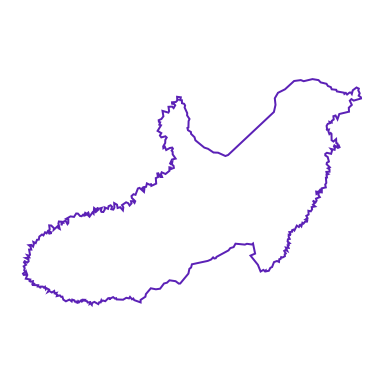 Paragominas, Pará, Brazil
{"feature_id": "56859067B66130405512387", "entity_name": "Paragominas", "entity_type": "district", "adm_level": 2, "iso_a3": "BRA", "parent_name": "Brazil", "parent_adm1": "Pará", "projection": "natural_earth1", "projection_center": [-47.632, -3.124], "detail": "fine", "context": "isolated", "style": "outline", "palette": "violet", "viewbox_px": 384, "rotation_deg": 0, "n_neighbors": 0, "source": "geoboundaries", "source_scale": "gbopen_adm2", "svg_char_len": 5943}
<svg xmlns="http://www.w3.org/2000/svg" viewBox="0 0 384 384"><path d="M140.6,302.4L140.6,299.9L145.4,296.7L145.9,294.1L150.8,288.3L155.9,289.3L160.1,288.7L164.0,283.5L167.0,282.7L169.5,280.3L175.6,281.2L178.8,283.6L180.2,283.5L188.4,273.6L189.4,268.8L191.1,267.5L191.9,264.3L207.8,260.9L211.1,259.5L213.1,257.4L214.3,258.5L215.8,258.2L216.5,256.9L228.5,250.4L230.3,248.1L233.6,247.1L235.5,243.7L244.9,244.6L246.9,243.8L251.8,244.5L253.0,243.5L255.1,253.6L250.5,255.6L257.9,264.8L260.6,271.5L263.4,269.9L264.7,271.1L265.7,270.4L265.7,271.4L268.8,270.8L270.4,267.8L272.1,267.0L274.0,262.1L277.0,261.0L279.0,261.9L279.3,259.2L280.6,258.9L281.2,257.1L282.5,257.5L284.9,256.2L284.7,254.3L285.8,253.5L284.2,250.9L285.7,249.9L287.2,250.8L285.8,247.5L288.6,247.9L287.7,245.2L288.8,244.9L288.3,243.5L289.6,243.2L287.6,241.4L287.9,239.3L289.7,238.9L288.7,236.8L288.7,234.7L290.1,235.0L290.4,234.1L289.4,232.1L292.1,231.7L292.1,230.2L293.5,229.6L294.4,230.5L296.8,225.6L298.9,227.0L300.0,225.1L299.6,224.1L301.4,226.3L302.4,222.8L303.5,223.6L305.0,221.7L307.0,221.6L307.3,220.1L305.5,219.5L307.5,218.1L306.3,215.9L308.6,214.5L308.4,210.8L310.8,211.3L312.1,209.3L311.7,207.1L315.1,206.4L313.0,204.7L314.7,203.1L312.8,200.6L315.6,202.3L316.6,200.6L316.0,198.6L319.8,197.1L318.5,195.2L318.7,192.7L316.5,194.0L316.2,191.6L318.4,191.9L320.2,189.7L321.0,190.6L320.6,192.3L321.8,192.4L321.8,188.3L325.8,187.4L325.2,184.6L326.3,182.9L325.9,177.7L327.0,177.5L326.5,174.9L328.3,174.1L326.6,173.1L326.4,171.9L329.5,171.7L329.5,169.4L327.9,168.3L329.8,167.3L326.6,164.2L326.9,162.7L328.9,161.6L327.7,157.0L325.3,155.4L325.3,153.9L326.9,152.8L331.1,153.8L332.1,150.4L330.9,148.9L334.6,149.8L334.9,148.0L333.9,146.4L334.4,145.4L337.9,147.9L339.5,147.2L338.7,145.3L337.5,145.7L337.5,143.5L336.3,143.0L336.1,139.1L333.4,141.5L331.6,140.2L331.5,133.9L330.7,133.0L329.4,134.1L328.4,131.3L328.9,129.5L326.2,129.9L327.1,129.3L326.6,125.9L327.7,123.9L329.9,123.2L329.5,121.9L331.7,122.6L331.8,120.8L333.7,119.5L333.4,116.2L335.5,115.5L337.5,119.3L339.3,114.0L349.0,111.7L348.8,107.7L351.8,104.9L349.8,100.7L351.4,99.1L353.7,100.6L361.0,98.5L360.9,97.3L358.7,95.7L359.7,93.3L358.3,90.4L358.8,88.6L356.5,87.5L352.8,90.3L351.8,94.0L350.8,92.5L349.6,92.5L347.1,94.5L345.8,92.9L344.4,93.9L344.0,92.7L336.9,91.4L336.2,89.8L331.7,89.3L330.8,87.1L327.9,86.0L326.5,83.8L320.7,82.4L318.5,80.1L312.5,79.1L303.7,81.2L300.8,80.1L294.1,81.0L285.0,89.3L278.0,92.8L274.8,98.3L275.5,104.9L273.9,112.0L228.1,155.0L225.4,156.0L218.1,152.7L213.5,152.5L208.0,148.8L204.3,147.6L195.4,140.3L194.5,137.2L191.1,133.9L190.9,132.0L188.0,130.2L187.4,128.0L188.4,127.5L188.6,121.1L189.5,119.0L187.1,115.4L187.2,113.1L184.6,107.5L185.1,105.5L184.1,103.8L182.0,103.2L181.9,100.3L180.3,100.2L180.8,97.3L177.1,96.8L177.2,99.4L178.1,99.7L175.8,102.0L172.0,102.3L172.1,103.7L174.1,104.0L175.2,105.3L173.6,108.1L172.1,106.6L168.5,106.8L169.1,111.2L168.4,112.6L162.5,110.9L163.4,116.3L161.4,119.0L158.7,120.2L158.9,121.8L160.2,122.3L159.3,124.7L161.0,125.3L157.6,130.9L161.3,133.1L159.9,135.5L161.3,137.4L165.4,136.3L166.7,137.5L165.3,139.9L165.2,143.0L163.2,146.4L163.4,148.1L164.9,146.9L166.2,150.0L169.8,148.0L172.2,147.6L172.9,148.7L171.6,150.6L172.6,151.7L172.7,154.4L175.6,158.6L172.0,159.5L170.1,163.5L170.7,164.0L172.2,162.6L171.9,164.4L173.5,165.8L173.9,167.9L170.9,169.1L170.8,167.6L169.4,167.3L169.4,170.9L165.5,174.0L161.7,172.3L161.0,174.0L162.1,177.0L160.3,177.0L158.3,173.3L157.3,173.5L158.0,177.1L155.8,178.1L156.2,183.6L151.3,185.9L151.0,184.6L151.8,183.9L149.6,184.7L146.9,183.4L146.1,186.8L143.3,187.2L142.0,188.5L144.4,188.5L144.0,191.9L139.5,187.9L137.9,188.5L135.5,194.8L133.5,194.2L131.5,196.1L131.9,198.0L135.2,201.2L134.5,202.9L133.1,201.2L131.0,201.2L131.5,203.4L129.6,205.5L128.2,203.2L126.1,202.3L122.0,205.1L123.3,207.3L122.9,210.3L120.2,207.2L117.6,208.0L117.0,204.7L114.2,203.1L114.4,207.6L113.3,209.6L111.3,209.2L112.0,206.7L110.6,205.3L108.6,206.2L108.0,208.8L104.6,207.4L104.8,209.5L103.3,212.0L101.5,211.9L100.8,210.6L101.7,207.9L98.9,208.7L97.5,208.1L96.7,209.0L98.1,209.9L95.7,212.1L95.1,211.5L95.7,209.3L94.1,208.0L93.6,213.7L92.5,212.4L89.5,216.7L87.8,215.0L88.8,214.0L88.3,212.6L87.0,213.8L85.2,212.8L84.6,214.5L86.0,214.2L85.8,215.1L84.1,215.7L83.1,214.7L81.6,216.2L80.1,216.0L77.9,213.6L76.2,213.5L74.0,216.9L70.5,216.4L66.2,218.8L68.3,219.5L68.3,223.0L67.5,224.1L65.6,220.7L62.4,222.2L63.1,222.9L62.2,223.1L61.5,225.4L61.5,221.7L58.9,221.5L58.4,223.6L59.7,228.9L58.4,228.2L57.7,226.1L53.7,229.8L54.0,228.2L51.2,225.5L49.2,225.4L49.7,229.3L48.6,230.8L51.0,232.2L51.0,233.2L49.3,233.6L47.7,231.4L46.6,233.3L45.1,232.3L43.4,235.4L42.0,234.5L39.3,236.6L38.8,239.6L37.0,239.8L35.7,243.1L33.4,242.0L33.9,244.0L33.1,246.6L31.3,244.9L28.8,245.2L30.5,246.6L31.3,249.6L29.1,249.6L30.0,254.8L29.2,255.7L27.4,255.2L29.2,257.5L25.6,258.0L28.4,259.5L28.6,261.4L27.2,262.6L24.7,261.2L24.0,262.3L26.0,264.8L23.7,266.3L24.7,268.1L24.2,270.3L25.6,271.7L23.0,273.6L23.7,274.9L25.9,274.8L26.4,272.5L27.3,275.0L25.8,278.7L30.2,279.5L29.5,280.9L30.4,281.6L32.9,281.2L32.6,282.8L33.8,283.5L32.4,284.3L32.7,285.0L38.1,285.2L37.7,286.5L40.2,286.7L40.1,288.3L40.9,286.6L42.8,286.6L44.0,287.7L45.0,286.8L45.8,289.2L46.5,288.2L49.1,289.6L47.9,291.9L49.4,291.0L51.8,292.5L54.2,291.0L54.6,293.3L56.5,292.9L55.9,293.9L57.2,294.7L56.8,296.1L59.9,295.4L61.2,296.9L62.4,296.7L63.3,299.6L65.9,301.3L69.4,299.6L71.7,301.4L72.2,299.6L74.3,300.3L74.7,301.5L77.3,301.5L76.7,302.5L77.6,302.8L78.2,301.2L79.1,302.2L80.8,300.6L81.8,301.6L82.5,301.1L81.5,300.3L82.3,299.7L84.4,299.8L83.7,300.4L87.0,301.2L87.6,302.5L90.0,302.1L89.7,303.8L90.4,303.3L91.8,304.9L92.1,303.0L94.4,301.9L98.3,304.1L99.3,302.2L100.6,302.4L101.3,300.4L101.7,301.3L102.8,300.5L105.3,301.2L108.2,298.2L109.4,298.1L109.9,299.8L110.1,298.6L113.1,297.1L115.0,298.6L116.1,298.2L116.6,299.4L123.1,299.7L126.3,297.8L129.0,298.4L130.0,296.9L132.0,299.3L133.3,298.5L134.2,300.1L140.6,302.4Z" fill="none" stroke="#5b21b6" stroke-width="2"/></svg>